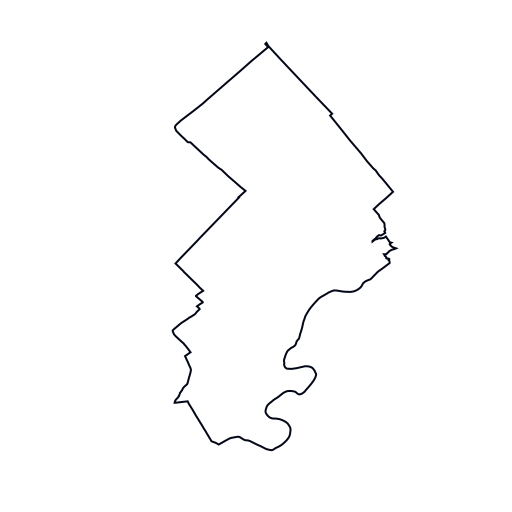 Isvoarele, Giurgiu, Romania, rotated 146°
{"feature_id": "2599482B48168115040378", "entity_name": "Isvoarele", "entity_type": "district", "adm_level": 2, "iso_a3": "ROU", "parent_name": "Romania", "parent_adm1": "Giurgiu", "projection": "natural_earth1", "projection_center": [26.306, 44.155], "detail": "fine", "context": "isolated", "style": "outline", "palette": "ink", "viewbox_px": 512, "rotation_deg": 146, "n_neighbors": 0, "source": "geoboundaries", "source_scale": "gbopen_adm2", "svg_char_len": 6111}
<svg xmlns="http://www.w3.org/2000/svg" viewBox="0 0 512 512"><g transform="rotate(146 256 256)"><path d="M326.9,294.8L326.5,292.9L324.7,284.0L324.7,283.2L323.0,275.0L320.8,264.4L320.4,261.5L319.3,256.7L325.0,256.8L327.9,256.6L328.2,256.2L325.9,247.8L326.1,247.3L327.1,247.3L329.3,247.4L333.1,247.3L332.3,244.1L332.4,243.5L334.4,243.1L335.4,243.0L337.6,242.4L338.5,242.0L339.9,241.9L343.7,242.0L346.0,242.2L347.0,242.1L349.7,242.1L354.3,242.2L355.8,242.2L364.2,241.3L366.2,241.0L366.7,240.8L367.1,240.3L367.7,237.4L367.7,235.9L367.1,232.9L366.4,229.9L364.8,223.5L364.9,223.0L364.6,221.0L364.4,218.7L364.1,212.8L370.8,212.7L372.0,205.2L372.2,204.4L372.4,203.4L372.7,201.7L372.9,200.0L373.0,199.7L373.3,198.7L373.5,198.3L373.8,197.8L374.6,196.9L375.3,196.2L378.2,193.7L379.4,192.8L383.3,189.3L384.2,188.6L384.7,188.3L385.7,188.1L388.2,187.8L389.1,187.6L390.8,187.1L391.2,186.8L391.6,186.5L392.2,186.1L392.7,185.9L394.0,185.6L394.4,185.3L394.8,185.2L395.4,185.1L396.2,184.4L397.1,183.8L397.6,183.4L398.1,183.1L398.6,183.0L398.7,182.7L400.4,182.2L402.8,181.7L404.3,180.9L404.8,180.5L405.1,180.2L405.5,179.8L404.1,179.0L401.2,177.5L397.7,175.7L393.9,173.7L394.3,171.4L394.6,163.4L394.9,159.0L395.0,158.1L395.2,152.4L395.3,150.5L395.4,148.5L395.4,147.1L395.6,144.2L395.7,142.8L395.8,138.7L396.0,136.2L396.1,133.7L396.3,130.7L396.3,129.9L396.5,127.3L395.3,125.6L394.4,124.4L393.5,122.9L392.9,121.8L392.4,120.6L387.9,120.2L385.1,120.0L383.0,119.8L380.6,119.6L379.2,119.3L378.8,119.3L377.0,118.5L375.9,118.0L374.2,117.3L372.8,116.6L371.8,116.1L371.6,116.0L370.7,114.9L370.4,114.1L369.9,113.1L369.1,111.2L368.9,110.8L368.4,110.1L368.0,109.4L367.2,108.7L366.5,108.2L365.5,107.3L364.4,105.8L360.4,98.7L358.4,95.6L355.9,91.0L355.0,89.7L353.0,87.5L352.2,86.7L351.4,86.2L350.6,85.9L349.6,85.8L348.2,85.8L347.2,85.8L344.0,85.3L343.0,85.2L342.2,85.2L341.3,85.1L339.2,85.2L337.6,85.4L335.5,85.7L333.8,86.1L332.0,86.6L330.7,87.1L329.6,87.6L328.6,88.3L327.5,89.2L325.9,91.0L325.0,92.0L324.5,92.7L323.8,94.1L323.6,94.6L323.4,96.7L323.4,99.0L323.6,100.2L324.1,101.7L324.8,103.2L325.5,104.4L326.3,105.7L327.2,106.9L327.9,107.8L329.0,108.8L330.2,109.9L331.4,110.8L332.2,111.3L332.9,111.9L333.3,112.2L334.3,113.5L334.8,114.2L335.2,115.4L335.5,116.5L335.6,117.4L335.7,118.4L335.7,119.2L335.6,120.4L335.5,120.9L334.8,122.1L334.3,122.7L333.4,123.5L332.3,124.4L331.5,125.0L330.4,125.6L329.2,126.0L327.3,126.3L324.8,126.5L321.9,126.8L320.3,126.8L317.6,126.7L316.4,126.7L315.1,126.8L311.9,127.1L309.8,127.2L308.6,127.1L306.3,126.7L305.6,126.4L305.1,126.2L303.9,125.5L302.9,124.9L301.5,123.7L300.7,122.9L299.7,121.9L299.4,121.4L299.1,120.7L298.7,119.1L298.2,117.9L297.8,117.4L297.6,117.2L297.1,116.8L296.6,116.7L296.0,116.4L294.7,116.2L293.9,116.2L293.1,116.2L291.8,116.3L288.7,117.2L285.6,118.0L281.2,119.3L278.2,120.4L276.6,121.1L274.5,122.3L272.8,123.7L272.1,124.6L272.0,125.9L271.6,127.6L271.6,129.6L271.8,131.6L272.8,133.5L274.3,135.2L276.4,136.8L277.3,137.3L281.7,139.0L285.1,140.3L289.4,142.4L290.3,143.0L293.1,145.1L293.6,145.7L293.9,146.6L294.1,147.9L293.9,148.8L293.7,149.5L293.5,150.1L293.1,150.7L292.8,150.9L292.4,151.4L291.3,153.7L290.6,154.4L288.7,155.9L287.2,157.1L284.9,158.6L284.2,159.0L283.2,159.5L282.0,159.8L280.2,160.0L278.7,160.1L277.7,160.1L276.4,159.9L274.3,159.9L273.0,160.3L271.8,161.0L270.7,162.0L269.9,162.5L268.8,162.9L267.9,163.2L267.0,163.3L266.2,163.8L265.2,164.6L262.5,167.1L261.2,168.0L260.0,169.0L259.2,169.7L257.6,171.0L256.3,172.3L253.3,175.1L251.2,176.6L248.9,178.4L246.0,179.9L242.3,181.6L238.9,182.8L235.4,183.8L230.9,184.9L227.7,185.6L225.6,185.7L223.9,185.6L223.0,185.5L221.7,185.4L219.8,185.3L218.5,185.2L216.0,185.1L212.9,184.5L210.9,184.0L209.2,182.9L207.7,181.6L204.8,178.8L203.0,177.2L198.1,173.6L195.5,172.3L193.7,171.7L191.1,171.3L188.5,171.3L186.8,171.5L185.3,172.0L183.7,172.8L182.9,173.4L180.1,173.8L178.3,173.6L176.5,173.3L174.9,172.8L173.4,172.8L172.4,173.0L164.4,174.7L162.0,174.9L159.5,174.9L149.3,175.4L149.0,175.6L148.5,176.5L148.1,177.9L148.1,178.1L148.3,178.3L148.4,178.6L148.2,178.7L148.0,178.8L147.5,178.7L147.3,178.8L147.2,178.9L147.2,179.1L147.4,179.5L147.9,180.0L148.2,180.3L148.4,180.6L148.6,180.7L149.1,180.9L149.2,181.1L149.3,181.3L149.1,181.7L148.9,181.9L148.7,182.4L148.7,182.8L148.9,183.4L149.1,183.8L149.2,184.1L148.9,185.1L148.9,185.8L148.5,185.5L148.0,185.4L147.7,185.2L147.2,184.8L146.9,184.6L146.6,184.7L146.0,184.9L145.0,185.0L144.4,185.1L143.7,185.3L142.5,185.5L141.0,185.3L140.2,185.3L138.5,184.7L136.9,184.2L135.6,184.0L136.9,185.7L137.6,186.6L138.0,187.4L138.3,188.3L138.5,189.8L138.7,190.6L138.6,191.0L138.1,191.3L136.3,191.3L137.3,192.5L137.4,193.4L137.4,196.8L137.4,199.5L138.9,199.4L139.7,199.5L140.4,199.7L140.8,200.0L142.4,200.5L143.0,200.9L143.6,201.6L144.2,201.9L144.6,202.1L145.4,202.2L146.2,202.4L148.3,203.1L148.6,203.0L149.5,203.0L150.3,202.9L151.4,202.8L151.2,203.2L149.8,203.5L149.2,203.6L147.1,203.7L146.6,203.8L145.9,204.1L144.2,204.5L143.6,204.5L143.2,204.5L142.8,204.6L141.9,204.1L141.6,203.9L141.4,203.6L141.1,203.2L140.5,203.1L139.7,203.0L136.0,202.9L135.7,204.8L134.9,204.9L134.6,205.1L134.3,205.3L133.9,205.9L133.5,207.2L133.4,207.7L132.9,208.6L132.0,210.0L131.5,210.8L131.4,211.0L131.3,211.6L131.3,212.1L131.7,215.8L131.9,218.5L131.6,220.1L131.3,220.9L131.2,221.3L131.9,226.8L132.2,229.0L125.5,230.1L115.2,231.3L106.5,232.6L108.1,249.7L108.8,253.9L108.9,257.2L108.9,259.9L109.8,263.1L111.0,272.7L111.5,282.2L113.5,299.6L114.1,308.1L116.0,331.0L113.3,331.4L117.5,355.6L125.7,405.6L127.6,418.1L128.4,423.4L128.1,426.9L129.7,426.6L129.1,422.4L151.5,420.1L166.6,418.1L181.7,416.3L209.6,412.9L215.1,412.1L227.3,411.2L242.7,410.3L248.2,409.5L249.4,409.2L250.4,408.8L251.0,408.3L251.4,407.7L251.5,407.4L251.8,406.0L252.1,404.5L251.1,398.8L250.7,396.9L249.7,392.7L249.0,388.9L248.6,388.2L248.0,387.8L247.1,387.2L246.8,386.8L246.6,386.2L245.8,382.4L244.5,376.9L242.8,369.4L241.6,365.7L241.2,363.0L240.2,358.9L238.5,352.6L237.9,350.4L236.3,346.6L234.4,337.6L233.0,332.5L230.2,321.9L228.3,315.8L237.6,314.5L237.4,314.0L244.5,312.5L287.5,303.4L293.1,302.2L295.5,301.6L320.0,296.4L326.9,294.8Z" fill="none" stroke="#020617" stroke-width="2"/></g></svg>